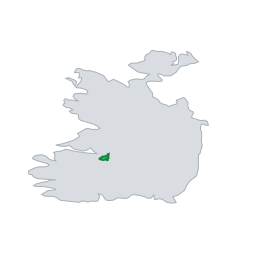 Limerick City East Lea-7, Limerick, Ireland (highlighted), rotated 19°
{"feature_id": "5873133B74444247037328", "entity_name": "Limerick City East Lea-7", "entity_type": "district", "adm_level": 2, "iso_a3": "IRL", "parent_name": "Ireland", "parent_adm1": "Limerick", "projection": "natural_earth1", "projection_center": [-8.537, 52.67], "detail": "fine", "context": "in_parent", "style": "filled", "palette": "green", "viewbox_px": 256, "rotation_deg": 19, "n_neighbors": 0, "source": "geoboundaries", "source_scale": "gbopen_adm2", "svg_char_len": 5399}
<svg xmlns="http://www.w3.org/2000/svg" viewBox="0 0 256 256"><g transform="rotate(19 128 128)"><path d="M163.9,49.3L158.2,52.3L157.3,53.4L155.7,58.0L155.5,59.3L151.9,64.4L149.9,65.4L146.9,66.2L145.2,67.1L143.0,66.6L140.2,66.7L138.9,67.6L138.9,68.3L139.8,69.1L144.9,71.5L144.6,72.5L143.1,73.6L134.0,76.3L131.3,78.0L130.4,79.1L131.4,80.9L138.6,86.4L139.9,87.0L141.0,90.2L147.4,91.5L150.0,93.5L152.3,94.0L157.2,93.8L159.2,94.6L160.3,94.0L161.0,93.0L166.5,89.1L164.7,86.1L170.3,81.2L171.8,81.2L174.4,82.8L176.6,84.9L177.3,87.7L179.3,90.2L180.6,91.1L184.2,91.6L185.0,92.6L184.4,96.3L185.0,97.5L194.0,97.4L197.6,95.8L200.7,96.1L202.3,97.8L203.0,99.5L200.3,100.1L197.5,99.8L196.1,100.9L196.1,103.0L197.0,105.8L198.9,107.8L200.5,112.2L201.8,117.1L203.8,120.1L204.2,123.8L204.0,125.6L204.4,128.9L203.5,130.0L204.2,133.1L207.6,143.0L208.4,150.7L206.8,153.6L204.6,156.3L203.2,159.6L202.2,163.1L201.6,168.8L196.9,175.5L194.9,177.1L192.6,178.2L197.8,182.8L193.6,184.9L189.1,185.6L184.0,184.4L180.9,184.5L176.9,187.0L176.0,186.5L174.1,182.7L172.8,186.6L169.9,187.9L164.9,187.6L156.6,188.7L153.4,189.8L152.1,191.6L151.1,193.6L149.8,194.8L148.4,195.5L142.0,197.0L140.7,197.6L137.7,200.9L133.8,202.8L130.6,203.3L127.7,201.4L126.6,200.3L125.2,199.7L120.8,199.8L122.2,200.4L123.1,201.7L123.6,204.3L123.1,206.9L120.9,208.1L118.3,208.4L114.2,211.0L108.8,211.7L105.9,214.2L87.9,218.3L86.9,218.3L84.5,217.3L81.8,216.8L79.1,217.2L71.6,219.5L67.9,219.0L72.6,213.3L78.9,210.4L79.5,209.6L77.5,209.2L65.6,211.2L61.5,212.9L57.4,213.4L59.3,210.8L64.6,207.3L69.2,204.9L71.2,202.8L76.8,200.5L58.8,205.4L54.1,204.8L53.0,203.4L49.3,204.0L48.0,200.7L53.4,195.7L56.6,193.6L60.4,192.4L64.0,190.7L65.4,188.7L63.7,188.0L52.8,188.5L47.6,188.1L47.9,186.5L48.9,184.7L54.3,181.6L57.2,181.2L59.8,181.4L64.4,183.3L70.5,182.7L68.0,180.7L67.6,176.7L65.6,175.4L68.1,173.6L71.0,172.4L75.8,168.6L77.4,168.1L86.8,167.1L97.0,165.1L107.0,162.4L101.9,160.8L99.4,158.8L95.5,162.9L92.6,164.5L84.5,165.3L82.0,164.9L78.4,163.6L77.3,164.1L76.2,165.1L70.9,167.1L65.3,167.6L71.8,163.9L80.1,157.6L82.0,155.6L84.6,152.2L83.8,150.6L82.1,149.7L88.1,142.7L90.2,141.4L94.1,141.2L96.9,140.1L98.1,140.0L99.2,139.6L101.7,137.5L97.9,136.2L94.0,135.5L81.9,136.2L80.3,136.0L78.8,135.4L77.8,134.5L77.1,132.1L76.2,131.5L73.5,131.5L70.8,132.3L68.9,132.2L67.0,131.1L70.0,128.7L66.2,128.1L62.4,128.6L59.2,127.8L59.1,126.3L60.5,124.8L58.6,123.3L58.3,121.5L60.3,120.5L62.5,120.9L67.0,119.5L72.8,118.8L67.9,117.5L65.9,116.3L65.8,114.6L66.2,113.1L71.9,110.5L78.1,109.4L77.6,107.7L78.0,105.9L71.9,105.4L65.8,106.7L66.5,103.2L68.0,100.1L68.3,98.0L68.0,95.8L65.1,96.8L64.8,93.6L63.6,91.5L59.4,93.0L59.5,90.2L60.7,88.2L63.0,87.4L65.1,87.7L69.2,87.7L73.1,86.2L78.8,85.8L87.7,86.3L93.9,90.5L95.5,89.7L98.0,87.1L99.2,86.8L108.5,87.9L114.2,89.5L115.8,89.0L115.0,86.1L113.0,84.0L115.5,81.4L118.5,79.6L120.5,78.7L125.2,77.6L127.3,76.5L128.6,73.1L130.8,70.3L119.0,71.8L107.9,68.4L109.6,66.1L112.0,64.7L116.1,63.7L116.4,62.4L118.5,61.4L121.9,58.7L120.7,55.2L121.3,52.6L123.8,50.9L124.5,48.5L125.6,46.7L130.6,46.1L135.3,44.5L142.7,44.2L144.6,44.9L144.1,42.0L147.6,41.6L148.9,42.2L149.6,44.3L151.1,45.6L151.6,47.9L150.6,49.6L148.8,51.0L150.4,52.4L148.0,54.9L150.7,53.8L154.5,51.4L154.3,49.4L153.6,46.8L152.5,44.5L153.0,42.0L155.1,40.4L160.8,39.7L158.5,36.8L160.5,36.5L162.8,37.1L166.1,39.4L173.1,42.5L169.7,45.3L165.5,47.2L163.9,49.3ZM64.6,104.3L64.4,105.7L61.7,104.0L60.4,102.2L53.0,101.3L56.1,99.5L57.6,100.0L62.8,100.1L64.3,100.9L64.6,104.3Z" fill="#d9dde1" stroke="#a8b0b8" stroke-width="1"/><path d="M112.9,163.2L112.8,163.4L112.9,163.5L112.7,163.8L112.8,163.8L112.8,164.0L112.7,164.0L112.5,164.3L112.7,164.5L112.7,164.8L112.5,165.0L112.4,165.2L112.2,165.3L111.9,165.3L111.8,165.5L111.8,165.4L111.7,165.4L111.7,165.5L111.4,165.4L111.1,165.5L110.9,165.9L110.9,166.0L111.0,166.3L111.1,166.2L111.3,166.2L111.5,166.1L111.5,166.3L111.4,166.4L111.2,166.6L111.5,166.7L111.7,166.8L111.8,166.8L112.0,166.9L112.4,166.9L112.6,166.8L112.7,166.7L112.8,166.7L112.7,166.6L113.1,166.4L113.2,166.5L113.3,166.5L113.8,166.6L114.0,166.6L114.8,166.5L114.9,166.4L115.0,166.4L115.3,166.4L115.6,166.3L115.8,166.3L115.9,166.1L115.9,165.9L115.9,165.7L116.0,165.5L116.3,165.5L116.3,165.4L116.5,165.2L116.7,164.9L117.1,165.1L117.3,165.1L117.6,165.1L117.8,165.2L117.9,165.3L118.0,165.3L118.3,165.4L118.3,165.2L118.5,165.0L119.1,165.2L119.3,164.8L119.4,164.7L119.5,164.7L119.4,164.4L119.2,164.4L118.8,164.5L118.7,164.6L118.6,164.4L118.4,164.4L118.5,164.4L118.4,164.2L118.4,163.9L119.0,164.0L119.1,163.9L119.0,163.7L118.9,163.7L119.0,163.5L118.9,163.5L119.0,163.4L118.9,163.4L118.7,163.4L118.8,163.2L118.7,163.1L118.6,162.9L118.7,162.7L118.8,162.5L118.8,162.4L119.0,162.3L119.1,162.2L119.3,162.1L119.2,161.9L119.0,161.6L118.9,161.5L118.7,161.6L118.8,161.4L118.7,161.3L118.8,161.3L118.8,161.2L118.6,161.1L118.6,160.9L118.7,160.6L118.6,159.9L118.5,159.7L118.4,159.2L118.4,158.9L118.2,158.8L118.2,158.7L118.1,158.8L117.9,158.9L117.7,158.9L117.4,159.0L117.2,159.1L117.2,159.4L117.2,159.7L117.3,159.8L117.3,160.0L117.2,160.2L117.3,160.4L117.4,160.5L117.2,160.8L117.0,161.2L116.8,161.2L116.8,161.3L116.7,161.3L116.6,161.2L116.3,161.2L115.9,161.6L116.0,161.7L115.9,161.9L115.9,162.1L115.8,162.3L115.6,162.4L115.3,162.4L115.2,162.4L115.1,162.5L114.7,162.4L114.4,162.5L114.2,162.8L114.2,163.1L113.9,163.1L113.7,163.1L113.7,163.4L113.6,163.5L113.0,163.2L112.9,163.2Z" fill="#22c55e" stroke="#15803d" stroke-width="1.5"/></g></svg>